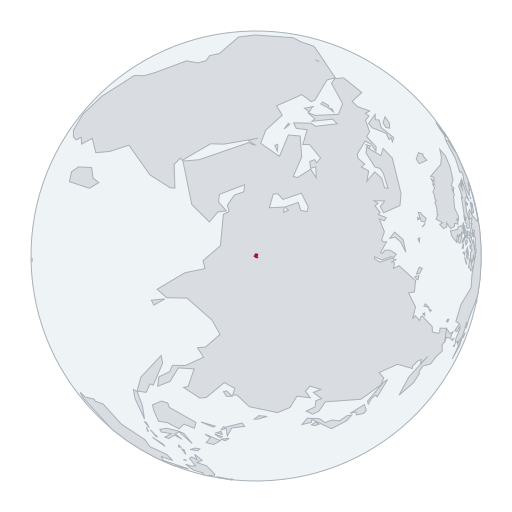 globe centered on Kabul, rotated 89°
{"feature_id": "AFG-1767", "entity_name": "Kabul", "entity_type": "Province", "adm_level": 1, "iso_a3": "AFG", "parent_name": "Afghanistan", "parent_adm1": "", "projection": "orthographic", "projection_center": [69.432, 34.519], "detail": "fine", "context": "on_globe", "style": "filled", "palette": "rose", "viewbox_px": 512, "rotation_deg": 89, "n_neighbors": 0, "source": "natural_earth", "source_scale": "10m", "svg_char_len": 11471}
<svg xmlns="http://www.w3.org/2000/svg" viewBox="0 0 512 512"><g transform="rotate(89 256 256)"><circle cx="256" cy="256" r="225" fill="#eef3f6" stroke="#a8b0b8"/><path d="M300.0,35.1L303.5,36.6L321.3,43.9L332.0,47.3L325.7,46.3L349.4,54.2L362.4,61.6L344.6,52.8L340.3,51.6L347.5,56.0L344.7,55.9L346.6,58.2L342.6,57.8L332.5,53.4L329.7,53.3L335.0,56.5L334.3,58.6L327.0,53.8L325.0,57.3L307.8,51.8L291.5,41.5L278.7,40.4L253.4,35.6L252.6,36.7L242.4,36.4L237.6,37.8L234.3,37.0L233.4,38.9L237.3,39.3L238.2,40.4L235.8,41.4L231.1,40.5L231.6,39.8L229.0,40.1L227.7,39.3L227.0,40.3L221.6,39.4L223.2,41.9L215.8,42.6L213.3,41.6L218.4,39.6L225.2,34.2L224.2,33.6L217.6,34.3L195.0,39.4L191.8,40.1L184.8,42.3L200.8,37.6L217.1,34.1L233.6,31.8L250.3,30.8L266.9,31.0L283.5,32.4L300.0,35.1ZM184.0,42.5L183.5,42.8L189.4,41.1L186.5,42.8L194.1,41.2L194.0,41.9L199.8,41.6L193.7,44.1L184.5,46.9L179.4,47.5L175.2,49.0L175.8,50.8L162.1,54.9L145.9,63.2L142.9,64.4L144.8,61.4L155.6,54.8L157.3,53.5L184.0,42.5ZM155.9,54.2L151.1,57.0L143.7,60.7L140.3,62.8L137.6,64.5L138.2,64.3L134.6,66.5L137.8,64.2L141.8,61.8L141.7,61.9L142.0,61.7L155.9,54.2ZM306.9,36.5L307.2,36.6L303.7,35.8L304.0,35.9L306.9,36.5ZM340.3,50.2L336.1,48.1L341.2,50.3L340.3,50.2ZM347.6,58.6L349.7,59.3L349.7,60.3L347.6,58.6ZM202.8,40.3L201.3,40.9L201.0,40.6L202.8,40.3ZM206.7,39.7L207.4,39.0L209.4,38.6L208.9,39.1L206.7,39.7ZM343.7,60.7L343.2,62.3L342.0,59.9L343.7,60.7ZM205.4,40.9L212.8,38.1L216.2,37.6L217.3,39.1L205.4,40.9ZM341.7,62.7L340.7,67.0L345.2,68.8L331.7,66.7L337.1,63.3L334.9,60.0L338.7,62.2L341.7,62.7ZM239.6,39.1L235.3,38.6L241.2,38.1L239.6,39.1ZM243.2,38.5L259.9,36.6L265.1,38.2L258.4,38.3L266.9,40.0L261.2,41.7L255.3,41.1L253.1,39.7L252.5,41.5L243.2,38.5ZM324.4,65.0L322.7,65.6L322.6,64.2L324.4,65.0ZM239.0,40.8L242.0,40.1L246.6,41.3L241.6,43.0L241.7,42.0L239.0,40.8ZM272.0,39.8L274.6,41.3L270.6,43.0L271.1,43.8L261.5,41.9L272.0,39.8ZM239.4,42.3L239.0,43.9L234.5,44.4L236.5,41.6L239.4,42.3ZM250.0,41.0L251.9,41.8L249.2,41.9L250.0,41.0ZM218.5,47.5L221.9,46.3L224.6,46.7L218.5,47.5ZM239.1,44.5L240.6,44.4L242.1,44.5L240.9,45.7L239.1,44.5ZM259.4,43.4L257.2,43.9L263.1,44.2L260.4,45.8L254.5,44.3L255.9,45.6L255.1,46.1L251.2,44.4L259.4,43.4ZM244.0,47.5L235.6,46.7L228.7,48.7L226.1,48.2L237.6,45.1L244.0,47.5ZM248.6,45.8L245.2,46.7L243.6,45.5L245.0,44.1L248.6,45.8ZM260.7,47.5L266.4,45.4L267.5,45.9L260.7,47.5ZM242.3,48.2L244.4,48.5L242.0,48.5L242.3,48.2ZM255.4,47.9L257.3,47.0L258.5,47.5L255.4,47.9ZM247.0,49.8L244.3,49.4L245.1,48.4L247.0,49.8ZM251.1,49.1L252.3,50.0L247.1,48.2L251.7,48.6L251.1,49.1ZM256.2,48.5L257.6,48.5L255.3,48.8L256.2,48.5ZM245.3,54.1L238.5,52.1L240.4,49.8L246.8,51.9L245.3,54.1ZM35.0,253.3L38.4,215.1L42.5,207.7L47.4,194.2L79.1,173.7L81.3,182.0L101.0,194.3L102.7,198.1L95.4,207.3L106.2,232.8L115.6,227.3L130.4,244.1L143.4,249.4L156.8,230.8L135.6,221.5L136.8,209.8L157.8,208.6L177.1,217.4L178.3,213.2L170.2,199.8L178.8,194.5L167.9,194.6L169.2,200.0L162.4,200.5L160.7,195.7L163.9,193.8L159.2,189.7L145.5,200.5L145.4,207.2L130.7,202.7L129.0,213.6L123.5,216.0L124.2,198.7L127.4,193.9L125.2,172.5L120.5,177.0L122.3,197.7L119.9,194.7L113.6,201.8L116.5,194.0L115.8,171.1L105.3,166.7L84.6,177.5L80.0,174.1L79.5,165.3L94.4,147.4L103.0,157.2L108.4,151.9L113.0,139.8L115.2,144.1L118.1,140.6L122.0,144.1L133.7,140.3L138.5,143.2L149.1,133.9L153.1,134.3L145.7,139.5L143.1,145.0L155.9,153.0L160.2,152.2L166.0,145.7L168.8,149.1L172.9,141.9L183.2,143.8L174.0,135.8L180.6,128.9L190.1,126.2L190.6,122.8L175.2,127.3L170.5,130.6L169.1,135.5L154.9,144.2L149.2,143.3L157.8,129.4L150.7,127.0L160.5,118.0L196.2,109.9L208.1,111.2L215.0,127.6L208.7,130.9L203.2,126.4L202.8,136.9L205.5,133.0L207.8,136.1L214.7,131.1L216.7,133.1L219.9,125.1L223.1,127.1L221.0,132.1L234.0,127.2L242.3,130.2L244.2,128.2L244.0,125.2L254.7,131.4L255.6,129.7L252.5,127.0L252.5,121.9L256.6,115.7L260.0,118.2L259.0,120.7L262.1,130.3L258.9,137.3L260.7,137.7L264.3,132.3L260.6,120.6L262.1,116.2L264.8,121.3L263.9,119.1L265.7,117.7L270.7,118.8L268.2,113.2L283.5,96.9L294.7,98.2L295.5,104.1L309.8,97.4L321.4,100.5L318.5,97.8L323.4,93.6L319.8,92.4L318.8,90.9L329.8,81.0L335.1,81.0L336.6,74.9L335.1,73.7L331.3,73.2L331.7,66.7L345.2,68.8L347.9,71.4L354.5,71.6L359.7,77.7L367.0,83.3L368.8,90.9L374.4,95.1L376.4,94.8L385.5,100.8L397.6,115.4L379.2,105.0L359.4,86.1L366.8,93.6L362.5,92.6L363.6,95.9L369.0,101.5L371.2,101.7L366.7,116.3L374.6,134.8L380.2,130.4L387.2,133.5L401.1,153.7L403.0,189.2L412.3,195.9L415.1,202.1L412.0,208.5L407.8,199.5L401.7,198.7L399.8,193.0L393.4,201.1L390.5,193.4L387.0,204.1L392.0,209.0L398.7,204.2L396.9,217.5L408.0,224.6L413.0,237.1L406.6,265.2L394.6,277.5L394.6,281.8L388.0,279.4L382.0,289.9L396.6,308.2L397.1,314.6L386.1,330.7L385.3,326.2L367.8,319.8L366.5,335.6L379.9,344.1L384.5,356.6L375.1,355.2L370.1,344.2L363.9,341.5L364.2,328.3L356.3,310.1L346.7,316.1L346.1,308.0L333.8,293.3L319.2,301.2L296.9,325.7L296.1,346.1L287.5,355.4L271.5,327.3L267.7,307.1L259.8,309.1L245.1,291.4L213.7,287.9L211.1,282.0L204.8,283.8L194.7,276.6L191.6,267.0L184.6,266.2L193.7,291.6L201.3,292.5L210.4,284.9L211.2,293.4L221.1,302.0L203.4,319.3L159.8,327.4L158.8,311.5L142.5,261.2L144.9,256.7L144.9,256.2L144.9,255.1L140.1,261.9L138.4,252.0L143.6,286.2L143.0,299.4L159.1,328.1L156.8,329.9L163.0,336.3L186.7,335.9L186.2,340.8L173.0,360.6L143.0,381.1L148.9,400.4L149.9,414.4L135.5,417.7L141.1,428.5L134.3,428.6L136.7,433.8L133.7,436.5L127.0,436.3L111.0,426.6L106.5,421.5L93.3,407.0L73.4,374.4L73.8,364.9L70.9,353.9L59.7,322.2L61.9,310.5L59.8,302.4L54.9,298.9L52.9,289.1L50.3,285.9L36.8,269.7L35.0,253.3ZM62.9,189.5L60.8,193.1L60.7,193.2L62.9,189.5ZM194.3,237.7L208.0,241.8L207.6,227.1L212.8,227.6L210.8,222.7L207.5,226.0L203.2,212.8L211.3,210.4L212.5,204.3L208.0,202.8L194.0,209.5L199.9,228.1L194.3,232.8L194.3,237.7ZM143.4,60.9L142.9,61.3L139.6,63.3L140.2,62.8L143.4,60.9ZM131.2,70.6L125.6,73.9L129.9,71.0L129.6,70.7L138.4,64.6L141.9,64.7L138.7,65.5L131.2,70.6ZM151.1,57.3L145.1,60.6L151.5,57.0L151.1,57.3ZM130.5,120.1L129.8,123.8L125.2,126.7L119.1,124.6L125.6,120.3L130.5,120.1ZM129.8,128.6L140.0,116.2L144.2,117.6L140.1,118.8L141.9,120.9L135.7,123.6L129.8,137.5L125.4,141.1L116.5,134.4L121.8,134.4L122.2,130.5L129.8,128.6ZM158.7,87.4L163.2,83.5L166.5,91.2L161.9,94.1L155.5,91.8L157.2,87.1L158.7,87.4ZM206.0,44.6L207.5,43.6L208.8,43.7L208.6,44.7L206.0,44.6ZM219.9,46.9L200.8,49.6L201.5,48.5L189.5,52.2L186.8,50.7L194.7,48.2L183.5,50.2L189.6,47.4L181.8,49.3L199.7,43.9L204.7,41.9L200.2,44.6L202.5,45.9L205.1,45.9L215.9,44.5L227.8,41.4L232.1,42.7L231.9,44.5L229.7,45.4L227.6,44.2L226.2,46.3L221.5,45.3L219.9,46.9ZM227.5,71.8L226.0,68.7L222.3,75.3L217.6,73.3L217.4,74.2L212.1,74.3L205.3,76.2L203.9,74.8L201.9,76.2L198.3,76.5L195.0,78.0L191.4,76.3L187.1,78.1L187.8,76.3L181.4,80.0L184.5,76.5L180.2,77.0L179.5,80.1L167.7,69.7L160.3,68.9L152.5,70.4L158.9,65.0L170.3,60.4L183.1,57.7L189.3,59.6L191.0,57.1L194.5,57.4L191.6,59.2L198.1,56.6L200.2,57.4L211.6,56.6L219.6,53.0L224.0,52.9L221.9,54.7L227.7,53.4L226.8,56.9L229.9,57.0L232.0,60.9L226.1,64.8L230.1,64.7L231.9,68.0L227.5,71.8ZM245.7,55.2L239.8,59.8L234.3,61.1L232.9,53.9L230.2,53.3L229.1,49.3L237.0,47.7L236.6,48.9L238.1,49.7L235.0,49.9L238.5,50.4L238.1,52.3L240.7,53.3L238.1,54.4L245.7,55.2ZM107.6,196.3L109.4,198.3L113.0,200.2L109.1,205.0L107.6,196.3ZM106.8,180.7L108.9,181.4L105.1,188.6L103.2,186.7L106.8,180.7ZM113.3,176.0L109.3,180.9L110.3,177.2L113.3,176.0ZM147.9,140.0L150.6,140.6L149.6,142.4L146.7,144.0L147.9,140.0ZM215.3,93.1L215.4,90.6L216.9,90.3L221.3,85.2L225.1,86.6L224.0,90.2L215.3,93.1ZM151.4,232.9L145.8,235.2L144.6,232.5L146.8,232.2L151.4,232.9ZM125.0,220.0L129.5,225.7L123.9,221.3L125.0,220.0ZM220.2,93.8L221.6,91.4L222.7,93.6L220.2,93.8ZM228.2,87.4L230.0,89.5L226.1,86.2L228.2,87.4ZM254.7,479.7L258.2,480.1L254.3,480.2L254.7,479.7ZM185.4,421.3L178.4,441.3L168.4,438.9L163.9,431.9L164.6,418.9L175.3,417.5L179.8,411.9L185.4,421.3ZM425.0,368.5L429.3,366.7L429.0,367.6L425.0,368.5ZM420.7,368.4L425.8,365.7L419.5,370.6L420.7,368.4ZM427.8,364.7L433.0,360.0L435.2,357.4L434.6,359.3L427.8,364.7ZM417.1,370.3L396.0,379.6L387.3,380.8L389.7,377.0L403.8,372.2L417.1,370.3ZM388.9,377.2L375.1,373.2L353.8,352.6L361.5,351.2L383.3,361.0L382.0,364.1L390.4,368.2L388.9,377.2ZM421.0,347.6L419.6,356.3L408.3,361.0L403.0,362.0L399.4,353.1L401.4,346.9L405.9,345.2L421.4,318.9L427.2,320.6L422.8,331.0L427.4,335.9L421.0,347.6ZM297.3,347.9L303.3,359.0L298.4,361.4L297.3,347.9ZM426.3,302.2L421.0,313.9L425.4,299.7L426.3,302.2ZM428.1,289.8L429.1,293.9L426.0,291.1L428.1,289.8ZM395.8,288.0L391.1,290.9L390.3,287.8L395.8,282.3L395.8,288.0ZM416.6,247.6L419.1,257.0L419.1,260.6L415.7,256.0L416.6,247.6ZM254.8,106.1L244.4,111.2L239.5,116.6L240.7,122.0L234.5,116.9L242.2,108.6L254.8,106.1ZM279.6,97.6L278.5,93.5L281.9,94.2L282.6,95.3L279.6,97.6ZM276.8,95.9L270.0,92.9L271.3,89.9L276.4,92.8L276.8,95.9ZM244.8,92.5L241.5,93.8L240.7,91.9L244.8,92.5ZM427.3,402.4L425.4,404.3L394.3,431.7L389.1,434.2L394.0,429.5L396.3,420.3L398.3,419.4L401.4,411.4L421.8,393.5L437.6,370.4L444.8,365.3L452.8,348.8L459.0,342.8L454.9,354.1L458.6,352.5L467.8,326.9L464.0,342.6L456.6,358.6L447.9,373.9L438.2,388.6L427.3,402.4ZM435.4,362.8L441.9,352.9L444.8,350.2L435.4,362.8ZM474.5,305.1L474.9,309.2L473.3,313.7L472.0,312.7L468.8,322.5L462.9,330.1L464.9,324.5L464.7,320.0L457.2,326.0L455.7,323.9L458.8,318.6L453.2,320.8L459.4,313.4L461.5,318.7L464.8,309.3L469.5,304.7L473.3,301.1L475.3,301.6L474.5,305.1ZM458.5,330.1L459.5,329.1L458.3,332.3L458.5,330.1ZM479.3,286.1L479.5,283.5L479.5,284.2L479.3,286.1ZM475.9,299.1L478.6,287.0L478.9,285.7L477.0,296.7L475.9,299.1ZM478.4,284.3L479.2,282.4L479.2,284.5L479.0,286.1L478.4,284.3ZM445.9,334.5L445.5,336.8L443.7,336.5L445.9,334.5ZM448.3,331.4L453.3,329.5L447.7,333.6L448.3,331.4ZM430.5,336.0L432.3,340.0L438.0,333.2L433.6,340.6L437.0,346.4L435.5,350.3L432.2,343.8L430.3,353.9L427.6,355.2L426.7,348.2L429.6,336.9L432.1,331.3L442.3,323.1L430.5,336.0ZM448.4,325.3L447.0,320.4L447.9,315.6L449.6,317.6L448.4,325.3ZM441.8,309.1L437.0,304.7L433.3,309.9L440.0,294.9L443.7,301.6L441.8,309.1ZM436.6,295.7L433.2,300.5L436.2,292.3L436.6,295.7ZM431.9,298.7L430.8,293.9L433.8,292.8L431.9,298.7ZM438.5,294.8L437.9,285.8L440.1,289.9L438.5,294.8ZM427.5,283.3L435.4,287.8L426.5,289.2L422.7,272.8L426.2,270.3L427.5,283.3ZM425.8,203.5L423.0,199.2L425.3,196.1L426.5,199.9L425.8,203.5ZM430.0,183.5L424.9,193.9L420.4,203.0L423.4,203.7L425.3,212.9L419.0,207.5L419.8,195.3L423.8,190.0L421.3,182.7L422.3,175.5L417.3,167.7L416.7,163.0L422.5,168.6L430.0,183.5ZM414.9,164.7L406.5,150.3L412.1,148.4L415.3,151.1L416.7,158.4L413.7,158.9L414.9,164.7ZM406.1,146.4L403.0,147.0L384.2,130.4L381.7,126.6L399.0,137.3L397.0,138.6L400.6,143.2L406.1,146.4ZM324.9,66.7L322.9,65.7L325.3,65.9L324.9,66.7ZM316.7,90.4L315.8,88.3L318.6,88.4L316.7,90.4ZM314.6,82.7L312.1,84.1L313.3,81.6L314.6,82.7ZM306.7,87.5L310.4,84.1L309.0,88.9L306.7,87.5Z" fill="#d9dde1" stroke="#a8b0b8" stroke-width="1"/><path d="M257.5,254.7L257.6,255.0L257.4,255.3L257.4,255.5L257.3,255.8L257.3,256.0L257.2,256.2L257.2,256.3L256.9,256.5L256.7,256.5L256.8,256.6L256.7,256.7L256.6,256.9L256.4,257.1L256.2,257.2L256.2,257.3L256.1,257.5L256.0,257.4L255.9,257.2L255.8,256.9L255.7,256.9L255.5,256.6L255.2,256.8L254.5,256.7L254.4,256.4L254.2,256.3L254.1,256.2L254.1,255.9L254.1,255.7L254.2,255.4L254.3,255.1L254.4,254.7L254.5,254.5L254.8,254.6L255.1,254.6L255.3,254.6L255.6,254.8L255.7,255.0L255.8,255.1L256.0,255.4L256.0,255.6L256.3,255.7L256.6,255.5L256.8,255.5L257.0,255.4L257.1,255.0L257.2,254.9L257.3,254.9L257.5,254.7Z" fill="#f43f5e" stroke="#9f1239" stroke-width="1.5"/></g></svg>